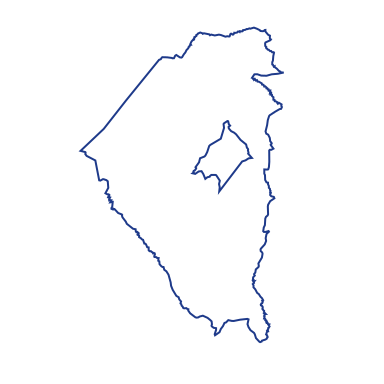 outline of Chimbonila, Niassa, Mozambique, rotated 83°
{"feature_id": "85939544B92418523619922", "entity_name": "Chimbonila", "entity_type": "district", "adm_level": 2, "iso_a3": "MOZ", "parent_name": "Mozambique", "parent_adm1": "Niassa", "projection": "orthographic", "projection_center": [35.277, -13.424], "detail": "fine", "context": "isolated", "style": "outline", "palette": "blue", "viewbox_px": 384, "rotation_deg": 83, "n_neighbors": 0, "source": "geoboundaries", "source_scale": "gbopen_adm2", "svg_char_len": 5980}
<svg xmlns="http://www.w3.org/2000/svg" viewBox="0 0 384 384"><g transform="rotate(83 192 192)"><path d="M208.3,111.0L206.8,111.4L205.9,113.8L204.5,114.8L203.0,114.5L203.0,114.1L202.4,113.8L201.6,114.5L200.5,113.9L199.7,114.3L198.3,114.3L197.2,115.2L195.4,115.0L193.6,115.6L192.0,115.4L191.5,116.9L188.9,117.9L184.1,117.5L182.6,118.0L178.4,117.5L178.9,114.7L178.8,113.6L176.6,112.6L171.5,111.6L160.2,110.3L159.6,109.7L159.8,108.2L158.9,105.9L155.0,108.1L154.5,108.1L153.7,107.0L153.1,107.0L151.1,108.2L147.8,108.2L144.4,109.4L143.1,111.2L140.8,111.6L134.8,109.3L129.9,108.0L126.0,106.2L125.3,105.5L122.4,99.6L120.4,94.9L120.3,93.4L118.6,92.4L117.5,92.9L116.0,92.4L114.0,94.9L114.9,96.0L113.9,96.6L113.1,96.6L112.3,97.7L112.0,98.8L110.8,98.8L110.3,100.0L107.9,99.6L106.7,100.8L105.4,100.8L105.0,102.1L103.6,101.3L102.9,101.3L102.6,101.8L103.0,102.5L100.8,101.9L100.8,103.5L99.6,103.4L99.4,104.3L98.6,104.3L98.2,105.4L97.6,105.1L96.0,106.5L96.2,107.4L94.3,108.0L93.9,109.4L92.7,109.5L90.6,112.3L90.4,113.5L88.9,113.9L89.2,115.0L88.0,115.5L88.3,116.6L87.2,116.4L87.3,117.5L86.3,117.9L86.0,118.5L82.8,115.7L83.1,112.8L84.9,109.1L85.7,103.8L84.9,98.6L85.1,92.3L84.6,86.4L84.1,89.6L83.3,89.6L82.3,91.1L80.0,92.7L78.0,94.8L77.3,94.7L77.6,95.5L75.7,96.1L75.2,96.8L72.9,96.5L71.5,95.7L66.8,94.7L63.7,93.6L63.2,93.9L63.1,95.4L61.7,96.3L61.7,97.3L60.2,98.5L59.9,99.5L59.0,99.9L58.5,100.7L57.8,100.9L57.1,100.6L56.0,101.5L53.3,101.3L52.5,100.8L50.9,95.7L50.2,95.1L49.8,95.8L48.6,96.0L46.3,95.6L45.3,97.2L42.1,99.3L41.3,99.6L40.1,99.4L40.1,100.1L41.0,101.3L41.0,102.4L40.5,104.5L39.7,104.9L37.9,107.6L36.4,110.5L37.0,114.3L36.6,115.1L37.1,117.0L36.9,118.0L37.5,119.2L37.6,121.7L38.5,122.1L38.7,122.7L38.3,124.6L38.9,125.0L38.3,125.4L38.6,125.9L38.3,126.8L39.2,127.8L39.4,130.5L39.2,130.7L40.6,131.6L40.8,132.1L40.7,132.7L39.8,133.3L39.6,134.0L40.0,134.7L42.1,135.7L42.2,136.2L41.7,138.0L41.9,139.9L39.7,144.2L39.1,146.1L39.4,150.3L38.1,153.8L38.6,155.1L37.6,155.7L35.9,160.9L36.3,162.0L35.7,162.4L34.7,164.4L35.5,166.9L36.2,167.3L36.7,168.6L37.7,168.7L38.6,170.7L39.1,170.5L39.8,171.4L40.8,171.3L41.2,171.8L41.0,172.4L42.6,174.2L44.9,175.6L45.8,175.1L45.9,176.0L46.5,176.6L47.3,176.7L47.7,177.7L48.9,178.2L50.5,180.2L52.7,181.6L54.3,183.3L57.0,185.4L57.3,186.1L56.9,187.6L54.1,190.9L54.7,192.1L57.0,193.6L56.9,195.2L56.5,195.6L55.3,200.3L54.6,205.0L54.9,205.6L56.4,206.8L56.8,208.6L93.1,246.3L118.6,271.9L137.6,297.6L139.4,293.0L140.2,292.8L141.3,293.3L143.3,292.2L148.9,284.1L169.1,282.7L169.5,281.6L168.4,278.8L168.6,278.0L169.8,275.5L171.1,274.3L177.7,274.6L182.7,278.1L184.1,276.1L184.1,275.2L184.7,274.4L185.8,274.6L186.3,275.5L187.0,275.9L187.5,274.0L189.1,275.2L190.2,275.2L190.0,274.3L190.4,273.0L192.3,274.4L192.2,271.9L197.0,273.0L198.1,273.9L198.9,274.0L199.7,272.6L199.1,272.0L199.6,271.5L199.5,271.0L203.9,267.8L205.7,264.4L206.3,264.1L206.9,264.4L208.6,264.1L213.4,261.3L215.6,260.6L221.3,255.0L222.1,252.5L224.1,252.6L225.0,252.2L224.9,251.2L226.4,249.9L227.0,250.1L227.3,251.3L227.8,251.3L228.9,249.8L230.4,250.0L231.6,248.4L232.9,247.5L233.5,246.4L237.4,245.6L237.6,244.6L238.4,244.0L241.3,243.2L241.7,241.8L244.6,242.1L245.6,241.3L245.7,240.0L246.5,239.5L246.9,238.7L248.2,238.1L247.8,237.3L248.3,236.5L249.4,236.4L251.1,237.3L251.9,237.2L252.4,235.2L253.3,234.6L253.5,233.2L256.1,233.9L256.8,232.9L259.7,233.0L261.9,231.5L262.8,230.5L263.0,229.4L265.8,229.0L267.6,227.1L271.2,225.4L279.1,224.2L282.5,224.2L286.7,223.1L293.2,220.2L294.8,218.1L297.1,217.7L299.3,216.2L301.2,217.0L302.1,216.3L303.6,216.1L304.6,215.2L305.8,215.0L306.5,214.1L306.6,211.7L307.5,211.0L307.9,209.9L309.2,210.2L312.2,208.6L316.7,204.0L317.2,203.0L317.3,201.3L316.5,199.4L316.1,196.3L318.8,191.9L321.3,189.5L322.8,188.3L325.7,188.3L327.0,188.9L327.7,188.8L329.4,187.1L330.1,184.7L331.8,184.9L335.9,186.8L337.0,186.6L334.5,181.8L331.5,180.1L328.9,177.6L325.9,175.7L325.6,174.1L323.6,171.6L324.8,168.2L325.1,166.3L324.6,159.8L324.7,152.5L325.3,151.4L329.9,153.0L332.9,152.4L336.3,150.8L339.4,147.6L340.9,147.0L344.8,146.3L348.8,143.4L349.3,142.7L348.9,141.1L348.1,140.7L347.4,137.1L346.7,135.7L346.0,135.4L345.5,134.7L344.5,134.6L343.7,135.2L343.1,135.1L342.4,135.8L339.7,134.5L339.6,133.4L339.0,133.5L338.6,134.2L337.2,133.0L336.4,133.0L336.3,132.5L334.9,131.4L333.2,132.3L332.7,131.6L332.2,132.8L331.2,132.9L331.1,133.9L330.8,134.1L330.1,133.4L329.1,133.7L329.2,134.2L328.3,134.9L327.5,134.5L326.8,134.9L326.4,135.9L324.7,135.1L323.9,135.6L322.6,134.5L321.8,135.0L322.0,133.7L320.1,135.1L318.7,134.9L318.2,135.6L317.0,135.9L316.6,136.4L314.9,135.8L313.8,136.2L312.9,137.4L312.2,137.5L311.1,136.7L311.0,135.9L309.5,135.1L308.5,135.6L308.0,134.6L305.7,135.6L304.3,136.8L301.5,138.1L300.1,139.6L296.2,141.1L294.1,142.6L292.2,142.3L290.8,142.9L289.8,141.5L288.8,141.6L288.3,141.1L288.4,142.0L287.3,142.4L287.2,141.7L286.8,141.5L285.9,142.1L284.1,141.7L282.6,139.9L281.5,140.4L280.9,140.3L279.7,139.0L276.6,138.1L274.6,135.2L273.6,134.7L271.0,134.8L265.6,130.6L261.9,129.5L260.6,129.7L259.0,131.0L257.5,131.0L256.7,130.6L252.9,126.2L249.6,124.4L246.8,124.5L243.2,123.3L242.5,122.9L240.8,120.5L240.1,120.8L240.6,124.0L240.4,125.5L239.6,126.1L236.0,125.1L233.8,123.7L227.3,122.5L225.7,121.6L224.5,119.8L223.4,119.2L215.6,118.5L213.9,118.0L210.6,115.5L208.3,111.0ZM160.8,131.6L165.5,128.4L165.5,131.7L167.1,135.0L167.8,138.5L194.8,164.9L190.6,163.9L187.4,164.2L184.2,163.0L178.3,165.9L177.9,166.7L177.4,170.7L178.3,172.2L179.0,172.6L179.2,174.9L180.6,177.2L175.5,178.6L172.5,180.0L172.4,182.8L174.4,186.6L173.5,189.1L172.8,187.9L172.1,188.2L171.2,187.7L171.0,186.7L169.3,185.1L168.8,184.9L167.8,185.5L163.4,181.4L159.5,179.9L158.3,175.3L157.4,174.2L154.3,172.1L148.4,169.3L147.5,168.1L142.6,156.9L132.3,152.4L128.4,152.4L127.7,151.8L125.9,148.2L126.2,147.5L129.1,147.2L130.8,146.1L131.7,147.7L132.9,147.8L134.1,147.3L136.4,145.7L138.2,143.0L140.1,141.2L146.2,137.5L151.4,132.5L154.7,132.1L155.8,131.3L156.6,131.1L157.4,131.4L160.1,131.1L160.8,131.6Z" fill="none" stroke="#1e3a8a" stroke-width="2"/></g></svg>